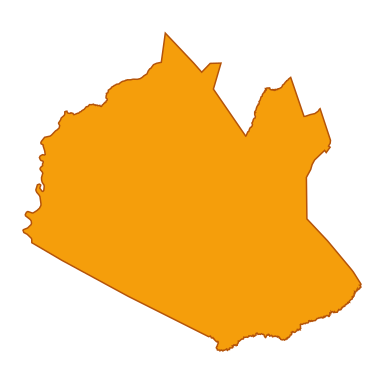 Luanshya, Copperbelt, Zambia (Natural Earth projection)
{"feature_id": "96606910B75415616642530", "entity_name": "Luanshya", "entity_type": "district", "adm_level": 2, "iso_a3": "ZMB", "parent_name": "Zambia", "parent_adm1": "Copperbelt", "projection": "natural_earth1", "projection_center": [28.455, -13.074], "detail": "fine", "context": "isolated", "style": "filled", "palette": "amber", "viewbox_px": 384, "rotation_deg": 0, "n_neighbors": 0, "source": "geoboundaries", "source_scale": "gbopen_adm2", "svg_char_len": 5935}
<svg xmlns="http://www.w3.org/2000/svg" viewBox="0 0 384 384"><path d="M55.5,130.9L51.5,135.1L50.1,136.1L44.6,137.3L41.6,141.1L40.9,142.4L41.0,143.7L43.0,144.8L43.3,145.3L43.1,145.8L44.7,150.9L45.2,154.5L44.4,155.0L42.5,154.7L41.2,155.4L40.2,156.0L39.4,157.6L40.3,159.7L41.0,160.5L42.8,161.1L43.2,161.6L43.2,162.5L42.5,163.9L42.6,165.7L40.9,167.1L40.1,168.3L40.1,169.1L40.5,170.0L42.1,171.7L42.8,173.2L41.5,177.6L41.6,180.2L42.3,182.5L44.0,185.1L44.2,186.4L43.8,190.4L43.0,191.4L42.2,191.4L40.3,188.9L39.7,188.1L40.7,185.5L40.6,184.8L39.3,184.1L37.4,184.8L35.9,189.6L36.0,190.7L36.8,192.4L39.4,195.5L40.0,196.9L41.0,204.0L40.9,205.5L39.5,208.2L37.0,210.5L33.4,212.8L32.3,213.0L27.9,211.5L26.5,212.2L25.3,214.5L25.5,215.8L30.2,219.5L31.2,220.9L31.5,223.3L31.1,224.6L27.6,228.0L23.6,229.6L23.0,230.2L23.8,232.5L27.2,234.3L31.4,238.4L31.7,239.3L31.8,242.7L62.0,260.4L128.0,296.2L208.7,336.7L210.5,336.1L211.4,337.9L212.3,338.0L212.9,337.6L213.4,338.5L213.9,338.6L214.0,339.2L216.4,341.6L217.3,342.0L217.7,341.4L218.0,341.5L218.3,343.1L217.4,345.1L217.4,346.0L217.1,346.0L216.3,347.5L216.4,348.1L217.0,348.6L217.4,350.0L219.9,350.1L220.0,350.8L221.8,350.0L222.6,350.9L223.2,350.8L223.6,350.2L224.6,350.2L226.6,349.0L226.9,350.0L227.6,350.4L228.1,349.4L229.5,349.5L229.6,348.1L232.4,347.8L232.5,346.9L233.1,346.8L232.5,345.9L233.1,345.9L233.6,345.0L234.2,344.9L234.5,345.3L235.4,344.9L236.1,345.7L236.7,345.2L237.2,345.2L237.2,344.2L237.9,343.5L238.4,342.1L238.4,341.1L239.2,341.3L241.5,339.2L243.4,338.9L243.8,337.2L244.4,337.4L246.7,337.1L247.5,337.3L248.6,336.7L248.7,336.1L249.0,335.8L249.7,336.1L250.7,335.8L251.9,336.4L252.7,335.4L253.1,335.9L253.1,335.5L253.6,335.3L254.3,336.2L254.8,336.0L254.8,335.5L256.1,335.0L256.0,333.6L256.4,333.2L257.4,333.2L258.0,334.4L259.5,334.1L260.3,334.4L261.5,333.7L262.7,334.4L263.2,334.3L264.1,335.0L264.5,336.4L265.4,337.6L265.7,337.5L266.9,335.1L268.0,335.2L268.1,334.4L268.7,334.3L269.6,335.3L269.8,336.1L271.6,335.4L272.4,336.7L272.9,336.3L273.8,336.6L275.1,336.0L276.2,336.6L277.2,336.3L277.7,337.1L278.5,336.6L279.4,337.4L279.3,338.0L280.3,338.5L280.7,339.4L281.2,339.6L282.4,339.9L283.7,339.5L284.5,340.1L285.7,339.3L286.1,339.4L286.4,338.6L287.2,338.8L287.3,337.8L288.1,337.3L288.5,337.7L289.7,336.6L290.3,334.9L291.4,334.8L291.8,333.7L291.4,332.5L292.0,332.5L292.4,332.1L292.4,331.6L293.1,331.6L293.9,332.3L294.4,332.4L295.2,332.2L296.1,331.2L297.0,330.7L297.3,329.4L297.8,329.4L298.3,330.1L298.7,329.6L300.1,329.8L299.8,329.0L300.7,328.5L300.4,326.8L300.6,325.9L300.2,324.9L300.6,324.2L302.5,324.3L304.0,323.4L305.2,323.7L306.0,323.0L307.9,322.9L308.6,322.4L308.8,320.8L309.2,320.6L310.1,320.7L310.2,321.3L310.6,321.5L311.4,321.2L311.7,320.6L312.7,321.2L313.0,320.8L315.4,320.5L317.1,318.5L317.9,318.5L319.0,317.7L319.3,318.0L320.7,317.7L321.1,317.2L322.2,317.9L322.5,317.9L322.8,317.4L323.3,317.7L323.7,316.9L324.2,317.3L324.5,317.0L324.5,316.4L325.4,316.7L325.7,316.1L326.8,315.5L328.0,315.7L328.0,316.5L328.2,316.0L328.8,316.5L329.2,316.4L329.3,315.3L329.8,315.3L329.8,313.2L330.5,313.5L330.4,312.7L331.4,312.5L331.3,311.9L331.6,312.2L331.8,311.8L332.6,311.6L333.8,312.6L334.4,312.4L334.5,311.8L335.1,312.4L337.3,312.2L338.7,309.6L339.2,310.0L340.5,309.8L340.5,309.3L341.1,309.4L341.9,308.2L341.9,307.5L342.7,307.4L343.4,306.3L344.1,306.5L344.9,306.1L345.0,305.4L345.6,304.5L346.1,304.6L346.3,304.2L347.8,303.5L347.7,302.6L348.4,302.8L348.9,302.0L349.5,302.2L349.3,301.3L350.7,299.7L352.0,299.2L352.4,298.0L352.3,297.0L353.1,297.2L353.2,296.2L354.1,296.0L354.2,293.4L354.9,293.5L354.7,291.9L355.1,292.3L355.7,292.0L356.6,290.5L357.0,290.6L357.1,289.5L357.7,289.8L357.9,288.8L358.2,289.4L359.4,288.9L359.9,288.3L359.9,287.5L360.9,287.1L360.4,285.6L359.8,285.2L360.6,285.0L361.0,284.2L353.4,272.1L351.5,269.6L327.5,240.8L306.9,218.9L306.4,177.4L310.7,169.5L312.1,164.6L314.6,160.0L324.6,150.4L326.2,152.6L330.1,147.2L328.5,146.1L330.2,143.2L330.5,140.3L320.1,108.7L319.4,109.3L318.2,111.2L314.8,113.6L310.3,114.6L305.4,116.3L304.0,116.4L290.7,77.4L288.5,79.1L287.8,80.2L286.6,80.7L286.4,81.4L285.5,82.0L284.1,84.0L282.5,85.2L282.3,86.3L281.3,87.5L279.3,88.6L277.9,88.8L277.6,89.5L275.9,89.4L275.8,90.0L275.1,90.3L274.8,89.8L274.4,90.3L273.9,90.3L273.7,89.8L273.0,89.9L273.1,89.6L272.8,89.5L271.2,89.9L269.7,88.8L269.8,88.1L269.5,87.9L269.1,88.2L268.2,87.9L266.4,88.2L266.0,88.7L265.4,88.6L265.5,89.4L266.1,89.3L266.3,89.7L266.0,90.3L264.8,90.8L264.5,91.3L265.0,91.5L265.0,91.8L263.4,93.1L262.4,94.6L262.2,96.2L261.1,96.8L260.0,100.4L259.0,101.6L259.3,102.6L258.8,104.2L258.2,104.2L258.0,105.3L257.6,105.5L256.7,107.2L256.7,107.8L256.3,108.2L256.3,109.1L256.0,109.9L254.7,112.0L254.7,112.6L255.3,112.7L254.7,113.4L254.7,114.6L255.4,116.7L255.0,118.1L254.2,118.3L253.4,119.4L252.7,121.9L252.0,122.8L252.0,123.6L252.5,124.3L252.2,125.8L251.2,127.2L250.4,127.4L249.5,129.0L248.8,131.3L247.8,131.9L246.1,135.8L245.7,136.1L213.4,89.1L221.0,63.1L210.2,63.4L201.7,72.2L193.6,63.0L165.3,33.1L161.3,62.3L156.6,63.3L153.5,64.7L150.8,68.3L149.8,68.8L148.3,70.8L147.0,73.9L143.9,75.8L142.3,77.3L140.2,78.6L137.5,79.3L133.1,79.2L130.5,79.8L127.1,79.8L126.7,80.2L125.5,80.3L125.0,80.8L122.4,81.4L120.3,82.7L119.0,83.9L116.3,84.3L115.6,85.0L114.1,85.5L113.5,86.3L112.5,86.6L111.4,87.4L111.4,87.9L110.6,88.6L108.3,90.2L108.3,91.4L107.7,92.9L106.4,93.4L106.6,94.7L106.2,95.7L106.0,97.6L106.1,98.1L107.3,99.1L107.1,100.3L106.1,101.1L105.9,102.1L104.9,102.4L104.8,103.0L104.0,103.3L103.4,104.2L102.4,104.9L101.5,106.4L100.3,106.3L99.9,105.4L97.7,105.7L97.0,105.0L95.7,105.4L95.4,104.9L94.1,104.9L93.6,104.2L91.3,104.7L89.5,104.6L87.8,106.6L86.3,106.7L84.2,109.3L81.8,110.7L81.2,111.5L79.8,112.0L78.6,113.2L77.7,113.2L74.4,114.6L73.6,114.6L73.0,113.4L70.9,112.8L70.6,113.3L70.0,113.4L68.1,113.2L67.2,112.4L67.0,111.2L66.1,111.2L64.8,111.8L64.8,114.0L64.2,115.4L61.2,118.0L60.5,120.1L58.6,122.9L58.6,123.5L59.7,125.5L59.2,127.9L57.1,129.9L55.5,130.9Z" fill="#f59e0b" stroke="#b45309" stroke-width="1.5"/></svg>